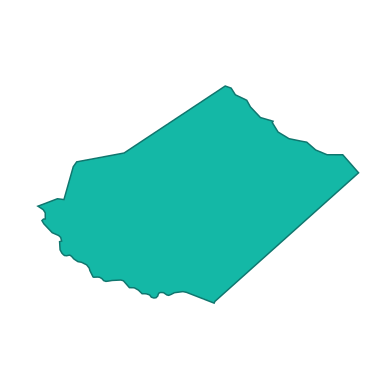 Shelby, Texas, United States of America, rotated 139°
{"feature_id": "52423323B47536211032207", "entity_name": "Shelby", "entity_type": "district", "adm_level": 2, "iso_a3": "USA", "parent_name": "United States of America", "parent_adm1": "Texas", "projection": "natural_earth1", "projection_center": [-93.987, 31.776], "detail": "fine", "context": "isolated", "style": "filled", "palette": "teal", "viewbox_px": 384, "rotation_deg": 139, "n_neighbors": 0, "source": "geoboundaries", "source_scale": "gbopen_adm2", "svg_char_len": 1147}
<svg xmlns="http://www.w3.org/2000/svg" viewBox="0 0 384 384"><g transform="rotate(139 192 192)"><path d="M76.6,159.2L83.8,168.6L87.7,180.8L85.9,191.7L84.4,192.2L91.5,203.3L92.1,217.9L90.5,225.3L95.5,236.9L94.3,244.7L97.4,250.2L217.7,266.0L259.2,290.4L265.0,289.0L293.6,270.3L298.0,275.2L317.6,282.4L315.9,276.3L316.4,272.6L320.4,267.9L321.9,269.0L324.0,268.9L324.7,265.1L324.2,253.0L321.2,246.7L320.9,243.9L322.6,240.5L324.5,241.4L329.5,234.9L330.3,231.3L330.2,229.1L329.9,227.7L328.4,226.1L327.2,225.5L325.6,224.5L325.1,222.4L325.1,219.0L323.8,214.3L321.6,211.6L319.3,206.2L319.5,202.0L320.6,199.7L322.4,192.9L322.1,192.2L320.5,190.9L319.1,189.8L317.7,188.3L316.8,185.7L316.8,183.1L315.6,181.0L313.2,179.4L310.4,177.7L303.5,172.3L302.0,170.0L302.0,160.9L300.3,159.3L298.4,157.6L296.8,153.1L296.4,148.0L293.4,145.3L291.5,142.1L291.7,139.3L290.3,137.0L288.5,135.8L286.0,136.0L284.6,137.0L282.9,137.4L281.4,136.6L279.5,134.7L278.5,130.8L277.4,129.3L275.2,128.5L271.3,127.5L264.2,122.8L262.0,119.9L248.2,93.6L246.5,94.4L53.7,97.2L53.8,121.2L65.6,131.5L71.1,142.6L72.7,154.3L76.6,159.2Z" fill="#14b8a6" stroke="#0f766e" stroke-width="1.5"/></g></svg>